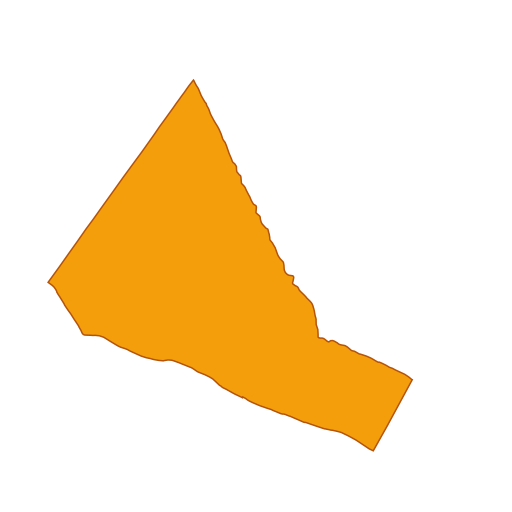 Ratchathewi, Bangkok Metropolis, Thailand, rotated 19°
{"feature_id": "78962969B82033887386179", "entity_name": "Ratchathewi", "entity_type": "district", "adm_level": 2, "iso_a3": "THA", "parent_name": "Thailand", "parent_adm1": "Bangkok Metropolis", "projection": "equal_earth", "projection_center": [100.542, 13.761], "detail": "fine", "context": "isolated", "style": "filled", "palette": "amber", "viewbox_px": 512, "rotation_deg": 19, "n_neighbors": 0, "source": "geoboundaries", "source_scale": "gbopen_adm2", "svg_char_len": 5382}
<svg xmlns="http://www.w3.org/2000/svg" viewBox="0 0 512 512"><g transform="rotate(19 256 256)"><path d="M267.2,238.3L264.2,236.4L263.8,236.0L263.6,235.6L262.9,233.9L261.4,231.1L260.5,229.9L258.7,227.1L258.6,226.9L258.4,226.8L258.2,226.7L257.2,226.6L256.5,226.5L256.4,226.4L256.2,226.3L255.7,226.1L253.0,224.6L252.3,224.2L252.0,224.1L251.9,224.0L251.4,223.7L250.4,222.8L249.9,222.3L249.5,221.7L248.5,220.3L247.5,218.5L247.4,218.1L247.2,217.8L247.1,217.7L246.8,217.3L246.5,217.1L246.2,216.9L243.2,215.7L242.3,215.3L242.1,215.2L241.9,215.0L241.8,214.8L241.7,214.6L241.5,213.7L241.2,212.5L240.6,210.1L240.5,209.8L240.4,209.6L240.1,209.0L239.9,208.8L239.8,208.7L239.6,208.5L239.5,208.4L239.4,208.4L239.1,208.3L237.4,208.0L236.9,207.9L236.7,207.8L234.3,205.8L232.9,204.4L230.9,202.1L230.7,201.9L229.3,200.7L225.5,197.1L225.1,196.6L224.0,195.5L223.5,194.9L222.9,194.4L221.5,193.5L220.9,193.2L219.5,192.5L218.9,192.2L218.7,192.1L218.4,191.6L216.0,186.2L215.5,185.5L215.3,185.2L215.2,185.1L214.7,184.9L213.8,184.7L212.6,183.9L210.8,182.8L210.7,182.7L210.4,182.5L210.2,182.2L210.1,181.9L209.9,181.5L209.3,180.3L208.6,178.4L208.4,178.0L208.3,177.7L208.1,177.5L207.7,177.2L206.1,175.9L204.7,175.3L204.2,175.2L203.5,174.8L202.8,174.2L201.8,173.0L201.2,172.2L197.1,167.7L192.1,161.3L189.9,158.8L189.7,158.6L189.5,158.4L189.0,158.2L187.0,156.7L186.8,156.5L186.7,156.4L186.4,156.1L183.2,151.9L179.5,147.9L178.6,147.1L178.0,146.5L174.1,143.3L172.2,141.7L168.3,138.1L166.6,136.4L164.0,133.1L163.9,133.0L163.1,132.1L161.8,130.9L160.5,129.8L160.1,129.3L159.7,128.7L159.3,128.1L159.1,127.9L157.5,127.0L157.0,126.6L154.1,124.1L153.0,123.1L152.0,122.2L151.2,121.3L147.8,117.4L146.2,115.8L144.4,114.5L143.1,113.3L141.2,111.5L140.3,110.5L139.6,110.0L139.3,110.8L137.2,116.8L136.2,120.2L134.9,124.8L133.5,129.2L132.3,133.2L130.9,137.7L129.5,142.7L126.8,151.6L125.4,156.3L122.6,165.4L120.4,173.5L114.3,194.3L109.5,209.7L104.7,225.2L99.5,242.8L94.1,260.8L90.4,273.4L86.5,285.8L82.4,300.2L81.1,304.6L78.4,313.7L73.6,330.2L68.0,348.6L70.6,349.4L72.9,350.1L74.2,350.7L74.5,350.8L75.7,351.5L76.2,351.9L77.5,352.8L77.7,353.0L77.8,353.1L78.4,353.7L78.8,354.0L79.4,355.0L79.8,355.3L80.8,356.2L81.5,356.8L83.5,358.3L89.9,363.5L91.0,364.7L93.1,366.3L96.3,368.7L99.2,370.7L99.5,370.9L99.9,371.2L104.2,374.7L106.6,376.5L111.0,379.9L111.3,380.2L111.9,380.9L114.1,382.8L114.5,383.1L116.5,385.3L117.1,385.8L117.6,386.1L118.0,386.3L118.3,386.4L118.8,386.5L119.1,386.5L119.7,386.5L120.1,386.4L122.5,385.7L125.4,384.8L127.7,384.2L129.7,383.4L132.3,382.8L133.5,382.5L134.3,382.4L136.3,382.4L138.0,382.4L138.5,382.4L138.9,382.5L142.5,383.3L146.8,384.3L154.4,385.9L157.6,386.3L162.0,386.2L164.9,386.3L168.2,386.9L180.0,388.0L185.3,387.9L189.1,387.4L192.8,387.2L197.9,386.4L202.5,385.3L202.9,385.0L203.2,384.8L206.3,383.1L207.2,382.8L208.2,382.5L210.2,382.0L211.2,381.9L213.5,381.9L218.8,382.0L219.8,382.1L230.1,382.6L231.0,382.6L231.6,382.7L233.1,383.0L237.8,384.3L238.0,384.4L239.0,384.5L240.3,384.6L246.6,384.9L247.3,385.0L251.5,385.5L253.2,385.9L254.7,386.2L255.1,386.3L260.5,388.7L263.5,390.1L263.8,390.2L264.7,390.3L264.9,390.3L265.1,390.4L265.4,390.5L266.5,391.0L267.1,391.2L267.6,391.3L271.0,391.7L271.5,391.7L272.1,391.9L278.8,393.1L280.7,393.4L281.4,393.5L287.9,394.2L289.4,394.4L289.4,394.2L289.4,393.6L292.5,394.1L294.9,394.9L297.0,395.3L300.2,395.7L307.0,396.2L308.7,396.3L312.5,396.3L317.0,396.3L320.5,396.2L321.7,396.4L322.7,396.5L331.2,397.0L331.5,396.9L332.6,396.8L333.8,396.4L335.4,396.3L336.8,396.4L339.5,396.5L340.6,396.4L342.6,396.6L346.6,396.9L355.0,397.6L355.7,397.6L356.0,397.5L357.2,397.2L358.1,397.2L369.6,397.2L377.2,397.1L377.8,396.9L379.6,396.7L381.8,396.4L383.2,396.3L385.4,395.8L386.6,395.7L387.6,395.6L388.3,395.5L390.5,395.3L393.3,395.1L394.2,395.1L401.1,395.9L402.5,396.1L406.1,396.7L410.6,397.5L425.8,401.5L428.6,401.8L430.3,402.0L431.8,393.7L435.5,373.2L444.0,322.1L443.6,322.1L440.2,320.8L437.7,320.1L435.0,319.4L434.8,319.4L426.3,318.5L425.2,318.4L421.5,317.8L418.4,317.8L414.7,317.0L410.1,316.4L407.2,316.2L406.6,316.4L406.4,316.6L404.9,316.5L401.4,315.8L401.1,315.7L397.8,315.1L393.0,314.7L392.4,314.7L386.7,314.8L385.6,315.0L381.3,314.2L380.1,314.0L378.5,314.2L377.1,314.3L372.1,312.3L369.7,311.8L368.8,311.8L368.7,311.8L365.7,312.3L365.4,312.3L364.8,312.4L363.4,312.4L362.9,312.3L361.9,312.0L361.4,311.7L357.6,311.0L356.4,311.0L356.0,311.0L354.3,311.7L354.2,311.7L353.9,312.0L353.7,312.3L353.3,313.0L353.1,313.2L352.9,313.4L352.7,313.4L352.5,313.5L352.4,313.6L352.1,313.6L351.4,313.4L350.6,313.3L350.3,313.2L350.2,313.1L348.9,312.6L347.0,312.0L346.4,312.0L345.7,312.0L344.5,312.3L343.5,312.7L342.8,312.8L342.1,312.8L341.7,312.8L341.3,312.6L341.2,312.5L341.0,312.2L340.9,311.9L340.3,310.1L338.4,305.4L335.2,301.2L333.5,296.6L333.5,296.4L332.5,294.8L331.3,293.1L330.4,291.5L330.2,291.1L328.9,288.8L327.8,287.1L327.4,286.5L326.8,285.7L325.8,284.3L324.4,282.8L323.6,282.2L321.9,281.2L317.7,279.2L316.5,278.4L314.2,277.2L309.5,275.0L307.7,273.9L306.5,272.5L305.4,271.7L304.3,271.4L302.8,271.3L299.9,270.4L299.3,269.6L299.2,267.6L298.8,264.7L298.7,264.2L298.5,263.7L298.3,263.4L298.0,263.2L297.5,262.8L297.3,262.8L296.9,262.8L293.3,263.5L292.5,263.4L291.7,263.3L289.2,262.1L288.5,261.4L287.4,260.2L287.2,259.7L287.0,259.4L286.8,259.0L285.4,255.6L284.1,253.3L283.5,252.7L279.8,250.8L277.4,249.0L276.2,247.9L271.4,241.9L267.2,238.3Z" fill="#f59e0b" stroke="#b45309" stroke-width="1.5"/></g></svg>